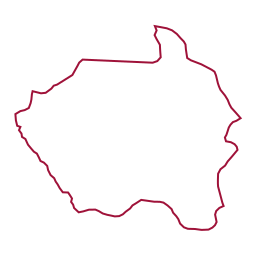 Jaborandi, São Paulo, Brazil (Natural Earth projection), rotated 90°
{"feature_id": "56859067B72694861704864", "entity_name": "Jaborandi", "entity_type": "district", "adm_level": 2, "iso_a3": "BRA", "parent_name": "Brazil", "parent_adm1": "São Paulo", "projection": "natural_earth1", "projection_center": [-48.409, -20.657], "detail": "fine", "context": "isolated", "style": "outline", "palette": "rose", "viewbox_px": 256, "rotation_deg": 90, "n_neighbors": 0, "source": "geoboundaries", "source_scale": "gbopen_adm2", "svg_char_len": 1708}
<svg xmlns="http://www.w3.org/2000/svg" viewBox="0 0 256 256"><g transform="rotate(90 128 128)"><path d="M26.1,101.1L30.4,99.4L35.1,101.4L38.9,99.5L44.8,96.1L49.2,95.9L52.3,95.7L57.3,95.3L61.1,98.7L62.7,103.3L59.6,173.4L62.6,176.8L65.7,178.4L75.0,183.6L84.6,198.9L85.7,202.3L88.6,204.6L92.8,210.3L93.3,215.0L91.2,223.4L94.3,224.1L99.5,224.6L103.2,225.4L108.0,227.2L110.1,231.3L111.1,235.6L114.1,240.6L120.4,240.1L125.8,238.8L126.9,235.6L130.2,237.0L133.6,234.5L136.9,234.0L139.0,230.6L141.7,229.4L144.7,228.0L148.8,224.6L151.7,222.1L153.6,219.1L157.5,217.1L161.0,215.5L162.6,212.1L165.9,208.8L170.1,207.9L175.1,205.4L178.2,201.8L181.6,200.3L184.3,198.4L188.1,196.3L192.3,193.2L192.5,187.9L195.0,186.2L198.5,184.0L201.9,184.9L204.6,182.9L208.0,181.9L212.3,177.3L211.4,172.8L209.7,167.1L209.6,160.6L211.1,157.2L213.5,153.2L214.8,148.8L215.5,145.3L216.4,141.2L216.1,136.8L214.3,133.1L211.7,130.3L208.5,125.9L205.4,123.5L203.4,120.2L199.9,114.8L201.7,102.0L201.8,96.2L202.6,92.5L205.5,88.4L209.1,84.4L212.7,82.9L216.2,79.7L219.1,77.7L223.6,75.9L227.3,72.1L228.8,68.1L229.0,61.0L229.9,54.4L229.6,47.5L227.6,43.6L225.2,41.0L222.0,39.4L214.6,40.9L211.0,39.8L207.9,36.6L206.0,32.4L202.8,33.6L186.6,37.9L183.7,38.1L180.0,38.1L173.7,37.9L169.2,35.5L165.6,30.9L161.4,28.3L156.5,24.0L149.9,18.5L146.7,19.3L144.2,21.4L142.2,25.1L141.3,30.0L137.5,31.1L134.9,29.6L131.6,28.5L127.5,27.2L124.7,25.5L122.1,23.1L120.8,19.6L118.2,15.4L112.9,20.0L107.7,24.7L104.4,26.5L99.9,28.3L95.5,31.0L89.9,35.5L86.5,37.0L83.3,38.1L75.4,40.0L71.7,41.5L69.7,44.4L64.3,54.7L60.3,65.1L58.0,68.8L49.4,70.1L44.5,70.5L41.5,72.2L38.1,75.5L34.0,79.1L30.3,84.0L28.3,89.2L26.9,96.6L26.1,101.1Z" fill="none" stroke="#9f1239" stroke-width="2"/></g></svg>